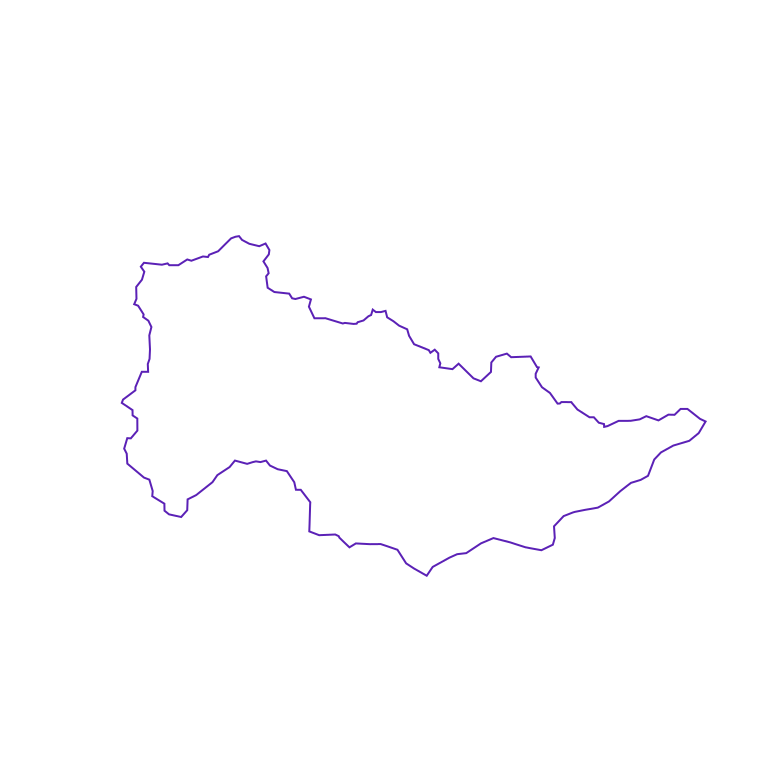 the district of Patillas, Puerto Rico, rotated 331°
{"feature_id": "32010507B91916522285611", "entity_name": "Patillas", "entity_type": "district", "adm_level": 2, "iso_a3": "PRI", "parent_name": "Puerto Rico", "parent_adm1": "", "projection": "orthographic", "projection_center": [-66.007, 18.039], "detail": "fine", "context": "isolated", "style": "outline", "palette": "violet", "viewbox_px": 768, "rotation_deg": 331, "n_neighbors": 0, "source": "geoboundaries", "source_scale": "gbopen_adm2", "svg_char_len": 2794}
<svg xmlns="http://www.w3.org/2000/svg" viewBox="0 0 768 768"><g transform="rotate(331 384 384)"><path d="M420.8,320.8L416.2,319.6L411.8,317.2L410.2,313.5L406.2,317.4L403.2,317.2L396.9,318.5L390.9,317.2L389.3,318.0L386.5,316.7L379.4,311.6L377.3,311.1L364.7,298.1L355.0,292.8L355.8,280.0L361.1,274.6L356.3,268.9L347.7,266.7L345.2,264.5L344.9,259.0L332.7,250.4L328.9,243.4L333.1,232.7L336.8,231.2L338.4,226.1L338.0,218.3L346.1,214.8L348.7,211.3L348.5,203.7L341.7,203.0L334.2,196.1L329.7,189.2L328.9,184.4L325.5,183.2L320.9,182.5L312.7,184.8L303.3,187.5L293.8,186.2L291.6,187.6L287.5,184.7L275.3,182.8L272.3,179.7L261.8,180.4L253.8,176.0L253.2,173.6L247.6,172.0L232.8,161.6L228.2,163.5L228.8,169.6L222.9,175.4L214.3,179.0L208.8,189.5L204.2,193.1L206.9,196.3L207.5,206.6L205.8,208.6L208.6,214.4L208.2,221.4L202.3,227.7L196.1,240.3L191.1,248.4L187.1,252.0L183.6,259.0L178.1,255.9L165.1,266.2L163.5,269.0L148.2,271.1L145.5,273.4L151.4,284.9L148.9,289.6L151.5,294.6L145.7,305.2L136.2,308.8L133.2,306.9L125.4,314.6L125.2,320.2L120.9,329.2L128.7,349.5L132.4,353.9L129.8,365.5L126.9,369.8L133.9,382.2L130.6,388.4L132.8,393.8L142.1,402.0L150.7,399.0L156.3,389.7L165.8,390.1L186.4,386.7L194.1,382.9L208.7,381.8L216.5,378.7L225.6,387.5L231.4,388.7L234.5,389.6L238.1,392.4L243.7,393.8L244.7,400.0L249.7,407.0L256.8,413.1L257.9,426.4L255.7,433.8L259.9,436.2L262.2,451.7L261.1,453.4L251.0,470.4L247.2,476.7L254.0,484.8L268.4,492.0L270.6,495.1L270.5,496.8L272.4,503.1L274.6,510.1L282.1,509.8L294.1,517.3L303.5,522.4L308.2,527.5L315.4,535.5L316.4,551.6L320.9,560.1L328.4,572.4L335.7,568.7L337.9,567.6L338.6,567.6L356.2,567.6L356.9,567.6L365.4,568.3L367.4,569.1L373.7,571.7L373.9,571.8L391.6,570.4L405.0,571.8L417.7,583.8L421.5,587.9L428.2,595.0L428.9,595.7L429.1,595.8L431.8,598.1L441.1,605.7L453.8,606.4L455.5,604.7L458.7,601.5L463.7,590.9L477.1,586.6L477.6,586.7L486.7,587.9L487.7,588.1L489.0,588.4L499.0,591.6L501.0,592.3L505.5,593.9L511.1,595.8L523.8,595.8L538.6,592.3L546.7,591.0L552.1,590.2L555.8,591.0L562.0,592.3L570.4,592.3L581.1,583.3L583.2,581.5L583.9,581.0L593.1,578.1L607.2,578.1L623.5,581.7L635.5,579.5L647.1,572.7L643.5,567.7L637.3,552.9L631.3,549.6L623.2,551.8L617.9,548.7L606.4,548.9L597.8,539.3L590.5,538.9L581.7,535.7L571.4,530.0L559.2,529.2L555.8,528.2L557.0,525.7L553.1,522.0L551.4,514.8L547.6,512.7L540.8,500.1L539.1,491.4L539.1,490.7L530.4,485.8L528.3,486.3L526.3,485.3L524.8,472.3L520.6,463.4L519.8,451.9L521.6,448.6L527.3,444.5L526.0,443.4L525.6,431.0L508.2,422.2L506.2,417.0L495.2,414.5L488.3,417.2L483.4,425.3L470.1,428.6L465.0,422.4L459.1,402.4L451.1,404.2L440.5,396.2L443.3,393.2L443.6,388.4L446.3,383.5L445.0,378.6L439.7,379.2L439.6,376.1L429.6,363.8L429.3,354.0L430.8,347.4L425.5,340.3L422.7,333.7L419.1,327.2L420.8,320.8Z" fill="none" stroke="#5b21b6" stroke-width="2"/></g></svg>